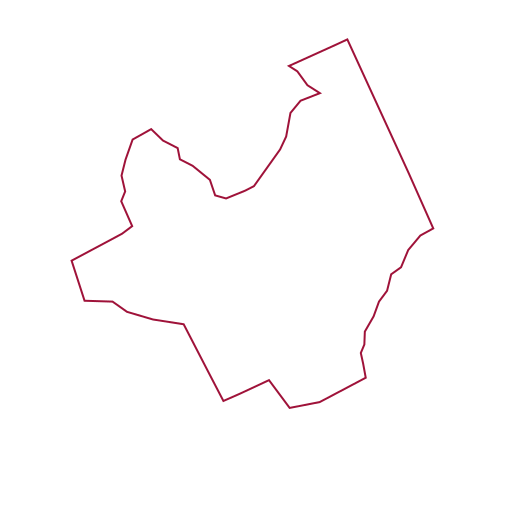 outline of Capitão, Rio Grande do Sul, Brazil, rotated 155°
{"feature_id": "56859067B762126063802", "entity_name": "Capitão", "entity_type": "district", "adm_level": 2, "iso_a3": "BRA", "parent_name": "Brazil", "parent_adm1": "Rio Grande do Sul", "projection": "mercator", "projection_center": [-51.981, -29.282], "detail": "fine", "context": "isolated", "style": "outline", "palette": "rose", "viewbox_px": 512, "rotation_deg": 155, "n_neighbors": 0, "source": "geoboundaries", "source_scale": "gbopen_adm2", "svg_char_len": 807}
<svg xmlns="http://www.w3.org/2000/svg" viewBox="0 0 512 512"><g transform="rotate(155 256 256)"><path d="M430.3,287.9L405.3,275.3L396.5,259.9L376.2,242.0L350.4,224.7L348.2,170.7L346.8,138.4L328.8,138.0L296.7,138.0L289.7,104.1L260.0,96.7L208.0,99.3L204.4,113.1L202.0,123.8L195.2,130.0L189.3,141.5L174.9,151.6L163.8,162.7L151.9,169.1L141.2,182.3L129.3,184.5L115.5,197.1L98.4,205.1L83.7,206.1L82.6,266.3L81.7,413.7L92.0,413.7L145.8,414.3L140.5,405.9L137.2,389.0L129.3,376.6L150.0,377.9L164.3,371.1L178.2,351.5L189.1,342.4L228.3,320.2L238.1,319.8L258.8,320.8L267.4,328.2L265.6,344.5L275.3,364.5L284.1,375.8L281.4,386.9L291.5,399.9L297.4,415.3L318.6,413.7L333.5,398.5L343.9,385.7L347.3,369.8L355.0,362.6L355.6,335.4L368.0,332.8L425.1,329.7L430.3,287.9Z" fill="none" stroke="#9f1239" stroke-width="2"/></g></svg>